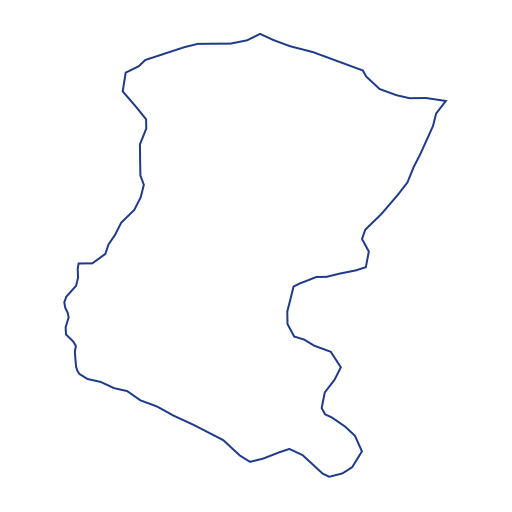 Phyonggang, Kangwŏn-do, North Korea (Mercator projection), rotated 89°
{"feature_id": "82179303B58088097152813", "entity_name": "Phyonggang", "entity_type": "district", "adm_level": 2, "iso_a3": "PRK", "parent_name": "North Korea", "parent_adm1": "Kangwŏn-do", "projection": "mercator", "projection_center": [127.257, 38.47], "detail": "fine", "context": "isolated", "style": "outline", "palette": "blue", "viewbox_px": 512, "rotation_deg": 89, "n_neighbors": 0, "source": "geoboundaries", "source_scale": "gbopen_adm2", "svg_char_len": 1530}
<svg xmlns="http://www.w3.org/2000/svg" viewBox="0 0 512 512"><g transform="rotate(89 256 256)"><path d="M260.4,433.5L263.6,434.1L265.7,434.5L274.6,434.3L282.6,436.4L293.3,446.3L297.4,447.9L298.8,448.5L302.2,448.0L304.4,447.6L305.5,447.1L309.5,445.3L312.4,444.7L314.1,444.4L324.0,447.6L329.3,447.4L331.2,447.3L336.4,442.1L338.5,440.1L342.8,437.7L348.8,438.8L357.0,438.3L363.9,437.8L368.2,436.3L370.9,434.6L376.0,426.7L379.2,413.5L385.6,400.4L388.8,387.2L398.3,374.1L404.7,357.7L414.2,341.2L423.7,321.5L439.6,291.9L455.3,275.5L461.7,265.6L458.7,252.4L452.6,235.9L449.5,226.0L455.9,212.9L462.2,206.3L474.8,193.1L478.0,186.6L474.9,173.4L468.8,163.5L453.2,153.5L437.6,160.1L428.1,169.9L418.7,183.1L415.5,189.7L409.2,193.0L393.6,189.6L381.2,179.7L368.8,173.1L353.1,182.9L346.7,199.4L340.4,209.3L337.2,219.2L324.6,225.7L312.1,225.7L299.7,222.3L287.2,219.0L284.1,212.4L278.0,195.9L278.1,186.0L275.1,172.8L272.1,156.3L269.1,146.4L253.5,143.1L240.9,149.7L231.6,146.3L216.1,129.8L197.5,113.3L185.1,103.3L169.6,96.7L157.1,90.0L129.2,76.8L116.7,73.4L104.3,63.5L101.0,83.3L100.9,99.8L97.6,113.0L91.2,129.5L78.6,142.6L72.4,145.9L59.6,178.9L53.2,195.3L46.8,218.4L40.4,234.8L34.0,248.0L36.2,252.7L40.2,261.2L43.2,277.7L43.0,297.4L42.9,310.6L45.9,323.8L52.0,343.6L58.1,363.3L64.2,369.9L70.4,383.1L89.1,386.4L104.8,373.3L117.4,363.5L126.7,363.5L142.3,370.1L157.9,370.2L173.5,370.2L182.9,366.9L195.4,370.3L207.8,376.9L220.2,390.1L232.6,396.7L241.9,403.3L251.3,406.6L260.5,419.8L260.4,433.5Z" fill="none" stroke="#1e3a8a" stroke-width="2"/></g></svg>